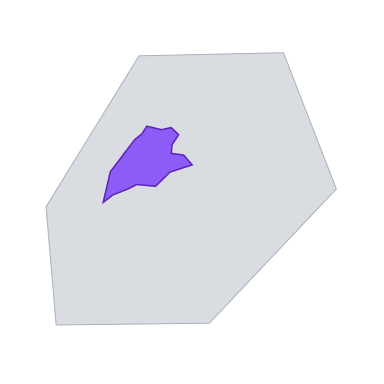 location of Faetano within San Marino, rotated 188°
{"feature_id": "SMR-4888", "entity_name": "Faetano", "entity_type": "state/province", "adm_level": 1, "iso_a3": "SMR", "parent_name": "San Marino", "parent_adm1": "", "projection": "equal_earth", "projection_center": [12.476, 43.936], "detail": "fine", "context": "in_parent", "style": "filled", "palette": "violet", "viewbox_px": 384, "rotation_deg": 188, "n_neighbors": 0, "source": "natural_earth", "source_scale": "10m", "svg_char_len": 542}
<svg xmlns="http://www.w3.org/2000/svg" viewBox="0 0 384 384"><g transform="rotate(188 192 192)"><path d="M263.4,319.5L120.8,342.6L49.5,215.1L156.6,64.5L308.0,41.4L334.5,157.1L263.4,319.5Z" fill="#d9dde1" stroke="#a8b0b8" stroke-width="1"/><path d="M278.5,169.3L275.7,200.7L258.2,232.0L255.9,236.0L249.6,242.7L245.9,250.9L230.8,249.5L221.7,252.9L213.2,246.9L218.4,235.9L217.8,227.4L205.4,227.4L195.6,218.9L216.5,208.7L228.9,192.6L247.8,191.7L255.0,186.6L270.0,178.1L278.5,169.3Z" fill="#8b5cf6" stroke="#5b21b6" stroke-width="1.5"/></g></svg>